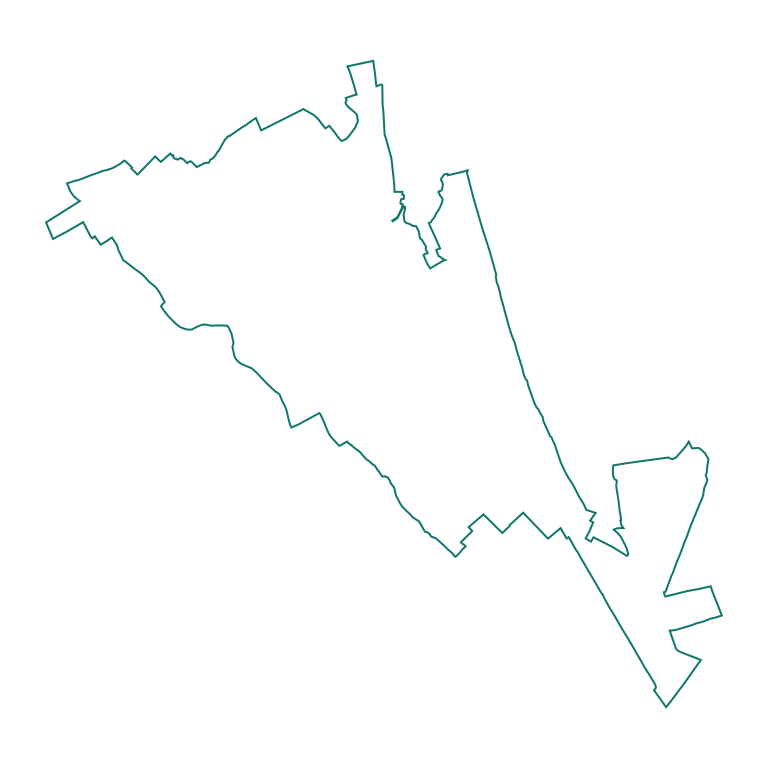 Stefan Cel Mare, Vaslui, Romania (orthographic projection)
{"feature_id": "2599482B71455353964024", "entity_name": "Stefan Cel Mare", "entity_type": "district", "adm_level": 2, "iso_a3": "ROU", "parent_name": "Romania", "parent_adm1": "Vaslui", "projection": "orthographic", "projection_center": [27.601, 46.727], "detail": "fine", "context": "isolated", "style": "outline", "palette": "teal", "viewbox_px": 768, "rotation_deg": 0, "n_neighbors": 0, "source": "geoboundaries", "source_scale": "gbopen_adm2", "svg_char_len": 6092}
<svg xmlns="http://www.w3.org/2000/svg" viewBox="0 0 768 768"><path d="M710.7,586.3L698.3,589.1L687.7,591.0L665.4,596.5L664.6,595.0L663.8,592.3L665.4,591.8L666.0,590.6L671.4,575.8L673.0,572.5L675.8,564.6L680.4,553.4L684.9,541.1L686.7,537.0L690.6,526.0L700.3,502.5L702.3,498.0L703.2,494.8L704.4,487.6L706.8,482.1L707.2,480.7L707.3,479.4L705.7,475.2L706.9,472.3L706.8,469.9L708.3,460.0L708.3,458.7L705.0,453.2L700.4,448.9L698.8,448.1L696.7,448.0L692.2,448.4L688.7,441.7L686.0,446.1L675.9,457.7L672.4,459.1L670.8,458.8L668.3,457.5L625.9,463.3L613.3,465.4L612.8,469.9L613.0,475.0L613.6,477.4L614.7,479.3L616.1,480.0L616.7,480.7L616.7,482.0L616.2,485.3L616.5,488.2L618.4,500.0L619.6,510.0L620.7,516.6L621.0,520.3L620.4,520.5L621.3,524.7L622.0,526.1L623.4,528.0L617.8,528.2L614.4,529.2L613.8,529.7L617.7,533.1L620.8,536.6L625.0,544.8L626.7,548.4L628.3,554.2L626.9,555.9L612.4,546.9L593.5,537.3L591.0,541.6L585.6,538.4L588.9,532.5L593.2,522.4L590.1,520.6L595.6,512.9L586.3,509.9L584.0,504.7L579.0,496.5L573.5,485.6L567.6,476.4L564.4,470.3L560.7,462.3L555.1,445.6L551.4,437.2L550.1,436.3L547.9,431.1L543.6,421.7L542.6,416.8L540.3,413.4L538.1,408.7L536.7,407.7L534.1,402.4L528.0,384.8L527.2,380.8L525.9,379.3L524.9,377.5L523.4,373.3L522.8,370.2L521.4,365.2L520.3,362.6L520.3,361.0L519.6,359.7L516.8,350.7L515.0,343.5L511.5,334.7L508.5,325.0L502.7,303.6L500.8,297.1L500.3,294.2L498.5,286.9L496.7,282.3L495.8,276.1L496.3,275.0L490.3,253.2L482.2,227.9L473.5,198.1L466.9,172.7L467.2,172.3L467.7,170.3L463.1,171.7L447.9,175.3L447.6,173.9L444.9,174.2L444.2,174.5L443.3,175.6L441.2,178.7L441.0,180.0L441.6,181.2L442.3,181.9L442.9,184.7L441.9,190.1L441.5,190.5L438.7,191.5L438.4,191.8L438.7,193.0L439.5,194.1L440.4,196.1L441.7,197.4L442.6,199.1L442.2,201.9L440.8,205.6L438.8,209.7L436.1,213.5L434.8,216.7L431.8,220.5L431.2,222.0L428.8,223.1L429.8,225.6L434.8,236.4L440.1,248.5L436.4,249.8L437.1,252.5L438.7,256.2L440.1,256.8L444.1,259.7L445.1,260.1L443.1,260.8L430.1,268.4L427.3,263.8L425.7,260.4L423.5,254.9L425.3,253.9L427.6,253.2L426.4,250.3L425.8,249.5L425.7,248.7L426.1,247.7L425.7,245.8L424.5,244.2L421.8,239.6L420.2,238.7L419.5,235.7L419.0,232.0L416.1,226.1L413.3,226.1L409.3,223.8L406.1,222.9L404.9,222.0L404.2,220.1L403.6,214.0L404.3,212.1L404.8,209.8L405.1,207.1L404.2,206.4L403.5,206.4L397.5,218.0L392.8,221.3L392.3,220.7L396.7,217.8L397.6,216.9L401.7,208.5L402.7,204.2L400.6,203.7L400.4,202.7L400.9,200.2L401.4,199.0L403.7,199.0L404.0,195.2L402.4,194.6L402.4,191.9L394.5,191.9L394.3,185.9L393.9,181.3L391.8,161.5L391.0,156.0L390.4,154.9L386.3,139.6L384.6,134.4L383.3,110.5L382.6,104.8L382.3,85.3L381.6,84.7L380.3,84.8L376.5,86.3L375.9,82.5L375.0,73.8L373.2,60.9L347.5,66.3L350.1,72.8L353.8,84.7L356.2,93.5L356.7,94.4L345.8,97.9L346.6,100.4L345.6,101.8L345.6,103.0L346.6,105.0L348.5,107.2L356.1,113.6L356.7,114.7L357.9,120.3L357.6,122.3L356.3,124.8L355.5,127.2L349.9,134.8L346.7,138.6L345.5,139.3L341.7,141.1L338.9,138.2L333.2,130.5L330.0,126.7L329.4,125.8L325.3,128.3L318.0,118.9L313.8,115.0L303.1,109.0L301.3,110.2L261.1,130.4L255.9,118.0L248.4,123.1L246.1,125.0L243.0,126.7L232.0,134.3L230.1,135.8L229.3,135.7L229.1,136.4L227.4,136.6L226.6,138.2L225.2,139.3L221.2,146.1L220.3,148.2L218.9,150.5L218.3,151.0L218.0,151.0L216.8,153.3L213.7,157.6L212.6,158.5L210.4,159.7L210.1,160.1L209.3,161.9L208.6,162.8L205.4,162.8L196.5,167.1L194.8,165.0L192.0,162.3L190.7,161.3L188.8,161.8L187.2,163.2L183.7,159.7L181.9,158.7L181.2,158.1L180.5,158.0L177.8,159.6L177.4,159.6L176.3,158.8L174.5,158.7L173.4,157.5L173.4,155.7L172.9,155.2L171.8,155.4L171.3,154.4L170.3,153.5L160.9,161.9L158.9,160.2L155.2,156.4L137.7,174.5L137.2,174.5L136.2,173.2L131.2,168.4L132.0,167.4L131.2,166.8L130.8,166.2L124.8,160.7L123.9,160.8L120.2,163.8L114.1,167.3L111.2,168.6L106.2,170.2L102.0,171.1L97.7,172.9L92.5,174.6L79.8,179.6L77.5,180.4L76.6,180.3L73.8,181.3L67.1,183.3L70.2,191.1L71.6,193.3L74.6,197.0L78.0,199.9L79.8,201.1L46.1,222.4L53.0,239.0L68.8,230.5L83.2,222.1L83.6,223.2L85.3,226.1L86.6,228.9L91.2,237.4L92.3,238.4L94.8,236.3L100.6,244.6L105.6,241.8L111.9,237.5L116.2,243.9L117.3,246.0L118.3,250.0L122.0,257.4L122.2,258.3L123.3,260.2L128.1,263.7L133.9,268.3L141.4,273.7L145.0,277.1L148.9,281.6L155.0,286.5L157.7,289.7L160.5,294.2L164.6,302.1L161.8,305.0L161.1,306.4L161.4,307.0L163.8,310.5L168.5,316.4L175.0,323.0L180.2,327.2L185.7,329.2L189.5,329.7L191.8,329.5L197.0,326.8L200.9,325.2L203.3,324.5L206.2,324.7L211.3,325.7L220.1,325.4L227.2,325.7L227.9,326.3L229.0,328.1L231.6,334.0L233.4,342.0L233.4,343.3L232.5,346.5L232.5,347.3L234.3,355.5L234.7,357.0L236.7,360.1L239.0,362.3L242.2,364.4L251.9,368.4L256.2,372.3L267.8,384.4L275.3,391.5L277.3,392.5L279.7,394.7L282.3,401.3L285.1,406.5L286.5,410.2L288.1,417.3L289.8,423.9L291.4,427.5L299.1,424.1L319.3,413.1L320.5,414.4L323.0,419.7L327.8,431.5L329.2,434.2L330.8,436.6L338.9,445.6L340.7,445.5L343.8,443.3L347.1,441.6L347.9,442.7L351.6,445.4L354.5,448.0L360.3,452.3L362.5,455.0L366.5,459.4L368.9,461.0L372.7,464.4L375.0,465.8L377.7,470.3L379.0,471.6L381.7,475.9L383.0,476.5L385.0,476.3L387.8,477.5L389.7,480.5L390.9,483.5L394.0,487.5L394.8,489.8L395.9,495.3L400.0,503.2L402.0,506.2L405.3,509.8L409.4,513.6L413.0,517.5L418.4,521.0L419.7,522.3L420.1,523.5L420.9,524.4L423.7,529.6L425.3,531.9L426.6,532.0L428.3,532.9L429.5,534.0L431.2,536.5L435.5,538.2L436.7,539.0L444.0,545.5L448.2,549.7L451.6,552.6L455.2,556.8L456.0,556.4L458.8,553.8L463.1,548.7L465.6,546.4L463.8,544.5L461.9,543.5L460.9,542.2L472.2,531.1L468.7,527.1L483.5,514.4L502.3,533.0L509.7,526.0L509.7,525.0L523.2,512.7L548.0,538.6L560.6,528.1L566.6,538.5L568.6,537.1L569.8,538.9L576.0,550.0L577.6,551.9L580.3,557.0L596.7,585.0L600.3,591.3L602.0,593.8L602.6,594.2L604.7,598.9L610.1,608.7L614.1,615.0L622.1,628.9L631.0,643.5L645.6,669.0L648.7,673.7L655.3,684.7L655.8,686.7L655.8,687.7L655.5,688.5L654.0,690.2L666.1,707.1L671.1,700.9L685.2,682.1L700.8,660.0L679.7,651.7L677.0,650.0L676.2,648.8L675.4,647.0L669.7,630.7L669.8,630.5L671.2,630.6L676.0,629.8L680.5,628.6L692.6,624.9L695.0,623.8L703.3,621.5L710.4,618.7L714.9,617.7L721.9,615.5L712.4,591.6L710.7,586.3Z" fill="none" stroke="#0f766e" stroke-width="2"/></svg>